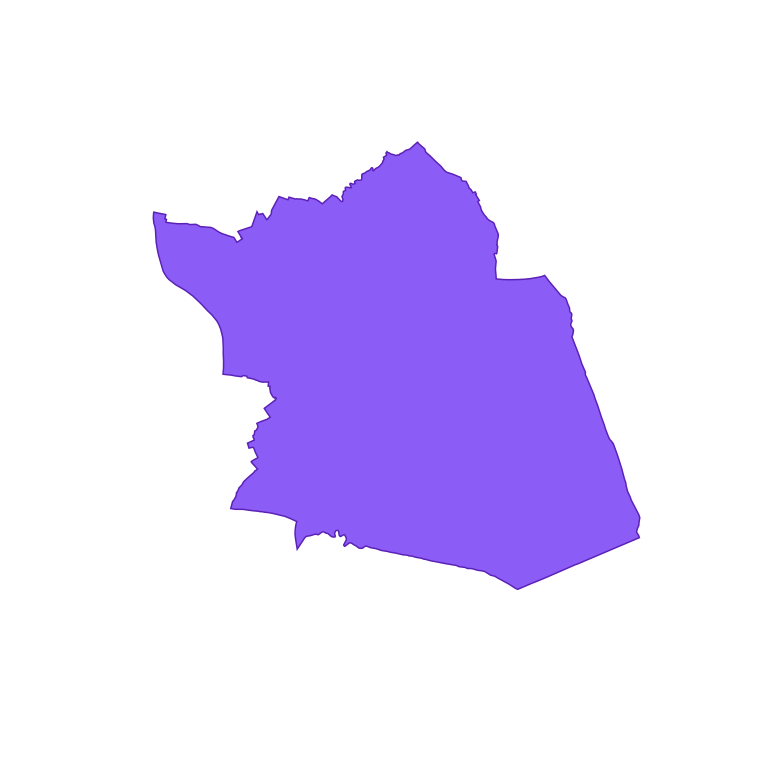 Mueang Nonthaburi, Nonthaburi, Thailand (orthographic projection), rotated 54°
{"feature_id": "78962969B57513030361621", "entity_name": "Mueang Nonthaburi", "entity_type": "district", "adm_level": 2, "iso_a3": "THA", "parent_name": "Thailand", "parent_adm1": "Nonthaburi", "projection": "orthographic", "projection_center": [100.48, 13.852], "detail": "fine", "context": "isolated", "style": "filled", "palette": "violet", "viewbox_px": 768, "rotation_deg": 54, "n_neighbors": 0, "source": "geoboundaries", "source_scale": "gbopen_adm2", "svg_char_len": 6158}
<svg xmlns="http://www.w3.org/2000/svg" viewBox="0 0 768 768"><g transform="rotate(54 384 384)"><path d="M200.5,314.8L201.0,317.4L201.9,328.1L197.6,329.3L194.7,330.6L193.5,331.3L191.3,333.4L189.3,334.8L189.4,335.4L191.0,337.7L191.0,338.1L188.2,340.1L184.8,343.2L184.5,344.2L183.0,345.5L182.7,346.2L182.1,347.1L177.0,351.0L178.5,353.4L170.6,358.8L177.4,372.8L178.2,373.6L179.7,374.8L180.4,375.8L181.9,380.6L182.2,382.2L174.8,381.9L174.8,382.5L174.5,382.8L174.3,383.8L173.7,384.1L173.3,385.9L170.0,385.5L179.0,398.5L175.1,410.7L174.8,412.6L179.8,413.0L181.7,413.5L181.8,413.1L183.3,413.2L182.9,419.7L177.2,419.3L173.7,422.0L167.2,426.6L164.0,428.3L157.9,430.6L155.5,432.1L148.8,440.0L144.7,442.0L143.9,442.8L141.0,447.2L138.4,449.2L133.5,456.2L128.9,461.4L125.0,465.4L124.8,465.4L123.0,463.2L122.8,463.2L121.9,464.2L121.6,464.2L118.7,460.9L112.3,466.9L109.6,469.2L109.7,469.4L114.0,473.0L118.3,475.5L122.9,477.2L125.8,478.8L135.4,485.0L143.0,488.8L147.6,490.8L162.9,496.3L165.7,496.7L170.0,496.9L172.9,496.6L181.3,494.2L191.5,489.7L200.1,487.0L206.2,485.8L212.0,484.8L220.9,483.7L227.1,482.6L234.2,482.2L238.0,482.5L243.8,483.9L250.6,486.7L252.6,487.7L260.5,492.9L264.9,496.2L270.9,500.1L276.8,504.5L281.5,508.5L286.9,502.5L289.9,499.7L293.8,495.6L294.3,494.9L294.5,492.9L296.9,490.4L298.6,490.9L302.2,487.6L304.1,486.1L305.5,485.4L306.6,484.4L307.8,483.9L309.2,482.9L311.1,481.1L314.6,476.2L317.6,479.0L319.0,477.5L320.2,478.6L320.1,478.8L324.3,480.9L327.3,481.3L328.9,481.4L330.0,481.2L331.0,480.8L330.8,480.0L331.0,479.8L332.3,479.5L333.2,481.8L333.0,482.1L333.2,485.9L333.3,495.2L339.4,495.5L343.9,495.5L343.8,499.3L342.1,505.4L341.1,510.0L344.4,510.9L344.7,511.2L346.3,514.2L346.0,516.1L348.1,518.2L348.8,518.8L348.9,519.2L348.7,520.3L350.2,521.2L352.7,521.6L353.1,521.9L351.6,529.2L356.5,530.9L358.0,527.5L358.8,526.9L364.1,528.3L369.3,529.2L369.4,529.9L368.8,534.6L368.7,536.8L368.9,537.2L370.4,537.2L378.5,536.3L378.6,538.2L378.4,539.5L379.1,541.4L379.8,549.5L380.5,554.8L380.9,555.9L382.1,558.1L382.8,562.4L384.7,565.2L385.1,566.8L385.5,567.6L386.5,568.1L386.8,568.7L388.2,570.3L388.4,571.1L389.1,572.2L390.2,575.7L394.7,581.2L398.0,577.9L402.5,571.8L408.9,565.2L412.7,560.9L414.3,559.4L415.8,557.6L417.8,555.7L420.3,552.9L423.7,549.7L432.8,542.0L436.7,539.5L444.0,535.4L445.3,537.1L447.6,539.6L450.2,541.9L453.0,544.1L456.2,546.0L466.6,551.3L462.0,539.0L461.6,537.1L461.7,536.1L463.4,532.8L465.1,527.8L465.9,527.0L466.8,526.3L467.4,525.5L467.3,521.7L467.5,520.7L467.8,520.2L468.6,519.5L470.6,518.6L471.9,517.3L476.2,516.3L476.8,516.0L478.0,515.0L478.8,513.8L478.9,513.3L478.6,512.8L476.1,512.0L474.7,510.1L474.5,509.5L474.6,508.7L474.9,507.8L475.4,507.2L475.7,507.2L476.8,507.5L480.0,509.1L481.1,509.2L481.7,508.9L481.9,508.5L482.3,505.3L482.8,504.6L483.3,504.5L486.4,505.1L487.1,505.4L487.8,505.9L490.5,511.2L491.1,511.4L492.1,511.3L492.3,510.8L492.2,505.5L492.4,505.0L493.2,504.2L493.9,503.7L495.5,503.2L499.1,501.6L501.3,501.0L502.3,500.5L503.5,499.1L504.1,498.2L504.2,497.4L504.2,494.7L504.8,493.5L508.6,491.0L512.7,487.1L517.2,483.9L521.3,479.8L524.2,477.4L527.4,474.2L533.6,468.8L536.0,465.9L538.0,464.6L539.5,462.7L543.0,460.0L546.9,456.2L549.1,454.7L549.9,453.8L553.8,450.7L566.8,438.6L568.1,437.1L568.8,436.6L573.2,432.2L576.0,430.6L577.2,429.2L579.1,427.3L579.7,426.5L582.4,424.8L584.6,421.9L586.7,420.0L589.1,418.3L590.3,417.2L592.3,415.0L594.4,413.1L595.2,412.6L601.2,410.2L604.6,407.4L608.3,405.8L619.2,400.6L626.7,397.7L628.7,396.5L631.6,383.8L635.7,367.0L642.8,334.8L643.2,333.9L658.4,267.7L656.1,267.0L652.9,266.8L651.8,266.3L649.7,263.7L648.2,261.0L645.6,258.8L642.8,255.9L641.9,255.4L639.1,254.6L623.2,252.2L620.0,251.2L614.2,250.1L608.8,248.0L606.3,246.6L601.9,245.2L592.1,241.4L581.7,237.9L575.5,236.0L567.1,233.6L564.3,233.6L562.3,233.9L561.1,233.9L557.0,233.0L550.7,231.3L546.4,229.8L538.6,227.6L526.7,223.7L520.1,221.9L516.1,220.5L497.4,216.1L495.0,215.8L493.1,214.3L492.5,214.0L483.9,212.1L475.6,209.4L456.9,204.4L456.0,203.9L455.0,202.2L452.2,199.3L450.7,198.7L447.7,198.8L446.4,198.5L444.8,197.1L443.5,194.9L442.9,194.5L441.7,194.4L441.1,194.1L438.8,191.8L437.8,191.0L436.9,190.8L435.3,191.1L434.6,191.1L431.4,189.2L427.4,188.3L422.4,186.8L420.6,186.8L418.9,187.8L416.4,188.8L397.9,190.1L390.6,190.2L389.9,192.8L388.4,196.4L384.9,203.4L381.9,208.6L378.8,213.4L373.3,221.3L369.7,226.0L365.0,231.4L356.4,226.2L350.6,221.1L348.6,220.3L344.6,219.0L343.7,218.6L343.5,218.2L343.5,217.6L343.8,217.3L344.7,216.6L344.6,215.9L339.6,211.2L339.1,211.0L338.1,211.3L337.8,211.2L337.4,210.2L335.8,209.3L331.7,204.8L330.5,203.8L329.3,203.3L321.5,201.5L319.4,200.7L318.3,200.6L317.2,200.8L313.9,202.5L311.4,203.2L308.3,203.2L306.5,203.5L301.7,203.2L299.5,202.7L297.5,201.8L291.7,200.9L291.6,200.6L291.6,199.0L284.7,198.5L284.6,198.4L284.6,197.7L282.4,197.3L282.2,197.3L281.5,199.7L277.9,199.4L275.7,199.9L273.0,199.2L268.3,198.5L265.8,201.3L264.3,201.4L262.6,200.5L261.6,200.8L254.4,205.2L249.7,208.7L248.7,209.1L246.4,209.6L241.0,210.0L234.2,211.4L226.7,212.6L221.6,213.8L220.5,213.8L218.2,213.0L217.6,212.9L210.8,214.5L209.3,214.7L208.2,214.6L208.1,215.7L209.1,224.8L209.0,225.6L207.7,229.2L207.9,233.1L207.2,235.5L207.5,237.4L206.6,238.5L206.3,239.8L206.0,240.2L203.5,241.9L202.4,243.0L199.7,244.2L198.8,245.0L197.8,245.0L198.3,246.7L200.2,247.2L200.4,247.5L200.5,248.6L200.2,251.1L200.5,251.3L202.3,251.9L202.8,253.5L204.2,255.4L205.3,260.3L204.8,264.2L204.9,265.3L205.3,266.8L205.3,267.2L205.0,267.4L204.5,267.5L203.2,266.5L202.6,266.3L202.1,266.5L201.8,267.0L201.9,267.8L202.5,269.2L202.6,269.9L201.9,273.3L202.1,275.4L201.3,278.1L201.6,278.9L204.9,281.4L205.3,281.9L205.5,282.5L205.3,283.2L204.4,284.6L203.1,285.7L203.2,286.4L202.8,287.9L202.9,288.6L203.2,289.1L204.7,289.3L204.8,289.7L204.7,290.3L204.1,291.6L203.5,292.1L202.1,292.9L201.9,293.3L201.9,293.7L202.1,294.0L202.5,294.3L205.4,294.6L205.8,294.9L205.9,295.2L205.5,295.7L202.8,298.5L202.4,299.2L202.3,299.7L202.8,300.3L204.7,301.3L204.8,301.9L204.3,303.1L204.4,303.7L204.7,304.1L205.7,304.7L206.5,305.4L207.6,307.8L210.4,308.7L211.6,309.8L211.9,310.3L211.5,311.0L210.8,311.4L204.7,312.2L202.1,314.0L200.5,314.8Z" fill="#8b5cf6" stroke="#5b21b6" stroke-width="1.5"/></g></svg>